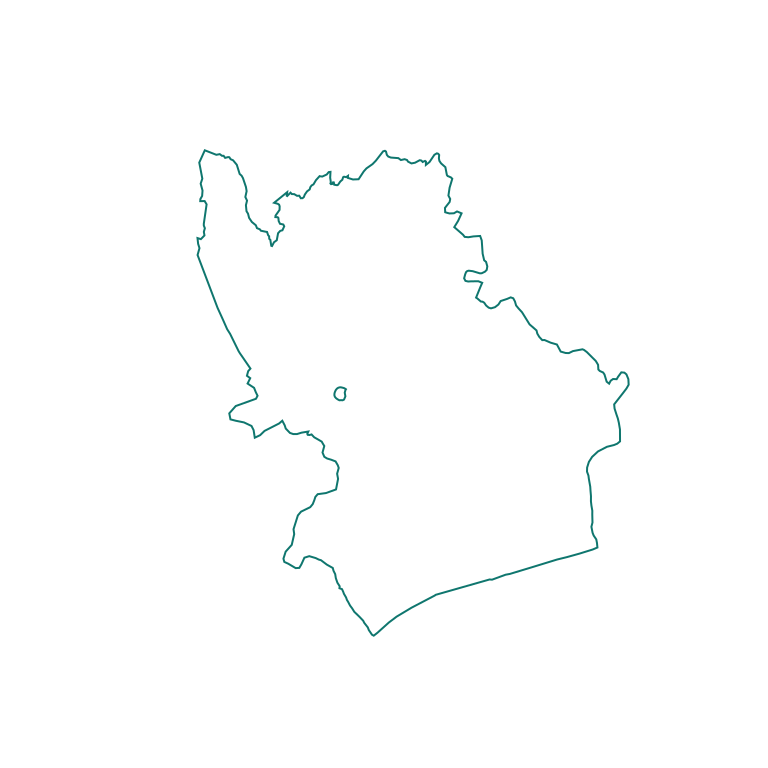 the district of Djugu, Orientale, Democratic Republic of the Congo, rotated 26°
{"feature_id": "63176286B65133649587609", "entity_name": "Djugu", "entity_type": "district", "adm_level": 2, "iso_a3": "COD", "parent_name": "Democratic Republic of the Congo", "parent_adm1": "Orientale", "projection": "natural_earth1", "projection_center": [30.241, 1.883], "detail": "fine", "context": "isolated", "style": "outline", "palette": "teal", "viewbox_px": 768, "rotation_deg": 26, "n_neighbors": 0, "source": "geoboundaries", "source_scale": "gbopen_adm2", "svg_char_len": 5530}
<svg xmlns="http://www.w3.org/2000/svg" viewBox="0 0 768 768"><g transform="rotate(26 384 384)"><path d="M366.3,554.1L369.1,558.3L371.6,569.0L369.1,577.8L370.2,585.1L372.4,587.6L376.7,587.5L385.3,588.2L388.5,586.4L388.8,582.3L388.6,575.0L392.3,571.5L398.9,570.4L402.4,570.4L404.6,570.0L411.8,571.4L418.6,571.8L420.5,574.0L423.5,576.3L425.8,579.6L429.2,583.0L432.8,585.2L433.5,587.1L436.2,586.8L438.6,588.8L439.9,590.1L441.4,591.1L443.5,592.5L445.3,594.3L447.2,595.5L450.6,598.0L453.7,599.6L457.2,601.8L461.6,603.2L464.3,604.1L469.1,605.9L470.9,607.3L476.2,609.9L478.2,611.8L483.1,614.6L485.1,614.7L487.1,610.6L492.9,596.3L497.3,587.6L506.8,573.0L522.4,551.8L522.8,550.9L559.8,517.7L564.6,513.4L566.9,512.5L576.9,502.1L580.3,499.6L596.7,484.4L616.5,465.9L624.3,459.4L634.0,450.8L644.1,441.3L647.5,437.4L645.1,433.5L642.9,430.6L638.9,428.3L636.7,426.3L633.0,421.4L632.1,417.1L628.5,410.2L626.8,406.6L623.7,402.3L621.4,398.7L619.2,394.1L616.1,388.9L614.4,385.9L609.6,379.3L607.9,376.7L605.0,373.9L604.9,373.8L603.2,370.1L602.3,364.2L602.7,361.0L603.0,358.3L605.9,350.8L611.9,342.7L617.4,338.1L619.8,335.4L621.3,332.1L616.0,321.4L612.0,315.8L609.3,312.5L606.4,309.6L602.0,305.0L599.8,301.4L602.2,290.1L602.7,287.8L603.9,281.8L604.2,277.4L601.5,272.5L597.7,269.1L595.1,268.4L592.2,269.5L591.2,275.0L591.0,277.7L587.7,279.1L586.3,281.7L586.2,285.0L583.1,284.3L578.0,278.8L575.9,277.6L572.2,277.7L570.3,277.0L568.0,272.9L564.3,270.5L552.4,266.4L548.9,265.7L547.2,265.8L539.4,271.6L536.6,275.2L533.7,276.5L528.6,277.4L522.1,272.7L515.7,273.8L509.0,274.1L507.0,275.2L502.9,273.6L499.7,271.5L497.6,269.0L488.7,266.6L476.6,259.0L472.0,257.2L468.3,255.5L465.5,252.4L462.6,250.3L459.9,250.6L457.3,253.6L452.5,258.3L452.0,262.4L450.1,266.3L447.0,269.1L444.6,269.5L441.4,268.7L438.4,267.0L436.5,266.8L434.9,267.4L430.4,266.2L428.9,266.0L428.1,254.6L427.9,250.0L423.7,250.3L417.0,253.7L414.7,255.0L412.0,255.6L409.7,253.9L408.9,249.9L408.7,247.5L409.3,246.0L410.5,245.0L414.3,243.7L421.7,242.5L423.3,241.6L425.5,238.8L426.3,236.4L425.3,233.0L422.2,229.5L419.8,228.9L415.5,223.6L415.0,222.7L408.9,212.1L405.5,208.8L399.6,212.2L395.5,215.1L392.0,216.4L389.6,215.2L378.4,212.2L379.1,205.1L379.1,204.3L379.0,200.3L378.9,196.6L374.0,196.9L372.0,199.9L368.1,202.0L365.6,202.5L363.7,202.8L361.6,199.0L362.4,195.2L363.2,191.6L362.4,188.7L359.3,186.4L356.9,178.8L355.4,169.6L353.7,169.0L350.7,169.1L350.1,169.2L348.9,168.6L344.1,162.2L338.6,160.7L336.0,159.2L334.4,157.1L333.2,154.0L331.9,153.3L330.4,153.5L328.8,155.9L327.6,164.5L325.6,168.7L324.2,165.7L323.1,165.5L321.4,167.5L321.1,167.3L319.6,166.8L318.0,167.2L314.9,171.5L312.0,173.7L308.1,173.6L306.5,172.6L304.0,172.9L301.0,175.3L297.9,174.7L290.8,177.5L288.1,177.7L286.1,176.8L283.9,174.2L282.6,174.0L281.2,175.3L278.8,186.8L277.3,191.4L273.7,197.9L272.6,201.8L271.4,211.1L266.4,213.8L261.2,214.6L260.4,212.7L259.3,214.7L257.2,215.2L256.6,216.1L257.0,218.7L256.3,220.3L255.9,221.4L255.4,225.0L254.7,225.9L251.9,226.7L250.5,224.8L250.2,224.9L249.8,225.1L249.9,226.8L248.8,227.6L248.5,227.5L247.9,227.2L247.8,226.0L245.2,222.2L242.9,216.8L241.4,217.8L240.7,220.8L237.6,224.6L235.6,225.3L235.0,225.4L233.5,230.6L233.1,235.5L231.9,237.3L231.5,239.4L231.9,241.7L230.4,244.6L229.8,248.4L230.0,251.2L229.3,252.7L227.8,253.5L225.3,251.9L223.3,253.0L220.1,252.7L217.9,253.7L216.1,253.0L214.6,257.5L214.0,257.4L213.2,254.8L212.9,254.0L205.8,269.3L206.4,269.2L209.5,268.6L211.1,268.8L212.3,270.0L213.8,273.3L212.7,280.2L213.0,281.0L213.2,281.6L214.2,281.2L215.3,280.7L216.3,281.1L217.9,283.7L220.3,285.6L222.6,285.0L223.6,284.8L225.2,286.0L225.3,290.4L224.9,290.7L223.6,291.9L222.7,294.9L224.6,301.8L223.0,304.8L222.9,309.1L222.1,309.2L219.7,305.8L218.7,304.3L217.2,303.8L216.0,301.6L214.7,301.1L212.2,298.6L210.9,299.0L206.2,300.2L204.5,299.4L201.5,299.6L200.1,298.3L199.2,297.5L194.2,296.3L189.9,293.8L187.1,290.5L184.7,289.0L181.5,283.8L180.5,279.2L177.4,276.7L176.4,272.6L176.0,270.9L173.5,267.4L167.0,260.8L164.7,259.2L162.2,258.5L155.6,251.5L150.3,249.1L147.6,249.2L145.6,248.0L144.4,248.4L142.1,250.4L139.8,249.2L139.2,249.5L138.5,249.8L138.4,249.9L135.6,249.4L134.7,250.1L132.8,251.5L120.5,252.5L120.9,266.0L125.7,272.4L130.7,279.1L131.4,284.3L136.1,289.7L138.1,294.7L137.9,298.3L138.7,300.2L142.6,298.2L143.2,298.6L145.8,300.3L151.8,319.0L152.6,320.6L154.7,322.5L155.4,326.3L156.9,328.3L157.5,329.2L155.9,334.1L152.4,334.6L155.5,339.5L158.6,342.8L159.9,349.8L187.1,375.4L201.0,388.5L210.7,396.5L219.0,403.5L223.7,406.4L238.9,418.2L241.1,419.6L244.5,421.5L257.2,428.7L256.3,432.0L257.2,436.7L261.2,437.4L261.2,443.4L268.9,444.4L272.3,447.5L275.5,450.0L275.4,453.4L260.4,468.8L257.8,478.2L261.5,483.1L266.9,482.0L275.0,479.9L283.3,479.8L287.0,482.6L291.4,488.9L295.1,484.3L297.2,478.5L307.0,465.5L308.7,461.6L312.9,464.7L315.2,467.1L320.9,469.2L324.3,468.8L327.8,467.1L331.2,463.9L336.8,459.9L336.9,462.4L337.7,463.1L339.4,462.5L341.0,461.1L343.3,462.0L344.7,462.5L349.5,462.8L353.3,463.1L355.0,464.3L357.5,465.9L358.8,472.6L362.3,475.6L365.5,475.9L369.8,475.2L374.4,474.8L378.1,477.3L380.1,479.3L381.2,485.2L384.3,489.4L387.1,499.8L379.6,507.5L372.7,512.1L371.8,515.6L372.3,519.0L372.6,523.2L371.7,527.0L365.4,535.1L364.2,539.9L366.3,553.9L366.3,554.1ZM349.0,418.1L347.2,417.8L345.4,417.0L344.3,415.8L343.7,414.4L343.4,413.0L343.3,410.7L343.7,408.9L344.4,407.6L345.4,406.6L346.6,405.9L348.3,405.5L349.9,405.2L351.7,405.3L352.1,405.4L352.0,406.2L352.5,409.0L354.7,412.0L354.9,415.4L354.8,415.7L353.9,416.8L352.6,417.3L351.0,418.2L349.0,418.1Z" fill="none" stroke="#0f766e" stroke-width="2"/></g></svg>